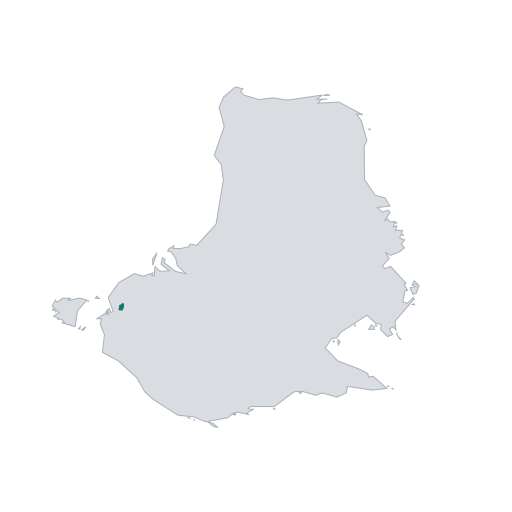 Hepburn, Victoria, Australia (highlighted), rotated 110°
{"feature_id": "25037944B22879671704108", "entity_name": "Hepburn", "entity_type": "district", "adm_level": 2, "iso_a3": "AUS", "parent_name": "Australia", "parent_adm1": "Victoria", "projection": "natural_earth1", "projection_center": [144.036, -37.317], "detail": "fine", "context": "in_parent", "style": "filled", "palette": "teal", "viewbox_px": 512, "rotation_deg": 110, "n_neighbors": 0, "source": "geoboundaries", "source_scale": "gbopen_adm2", "svg_char_len": 4967}
<svg xmlns="http://www.w3.org/2000/svg" viewBox="0 0 512 512"><g transform="rotate(110 256 256)"><path d="M342.2,100.7L347.3,125.5L353.7,124.3L360.9,131.7L362.1,146.9L366.4,152.2L367.4,166.4L370.5,173.7L391.3,187.4L399.4,209.8L401.8,211.0L402.2,207.0L406.7,211.0L407.5,209.0L409.2,220.4L411.9,223.8L417.8,227.4L429.0,246.6L428.4,259.4L432.3,274.9L425.9,303.7L421.6,314.2L411.3,326.1L401.6,349.6L399.1,367.3L381.8,371.5L373.3,379.1L367.9,379.7L369.4,384.1L361.1,377.7L362.3,376.3L361.8,374.7L360.3,374.6L357.5,377.4L355.5,375.7L358.8,373.1L356.9,371.1L345.7,380.7L328.0,375.9L314.2,364.3L313.6,355.2L307.1,347.0L309.8,347.3L309.7,344.8L300.5,347.3L303.2,341.2L299.5,332.3L296.3,342.4L289.5,343.4L290.5,340.1L293.7,340.0L298.0,326.1L296.6,315.7L292.1,326.6L285.4,330.8L281.0,337.4L281.7,340.7L279.0,340.3L274.5,336.6L277.2,336.6L275.1,330.1L270.7,322.7L267.1,321.8L266.4,315.4L239.7,304.4L195.5,312.7L181.6,320.2L175.9,329.6L145.0,330.2L129.0,341.5L117.6,340.8L104.2,333.2L103.4,325.5L106.6,326.8L109.0,322.1L107.9,306.4L101.7,294.6L98.8,279.8L82.2,248.9L88.0,252.2L84.1,242.8L86.8,248.3L91.2,250.0L83.0,230.6L86.8,204.0L88.2,210.3L92.8,203.4L109.7,191.2L115.9,191.9L147.0,180.2L158.3,164.7L157.3,154.5L163.3,147.3L168.9,158.5L171.5,152.3L167.9,147.8L168.9,145.0L179.3,146.9L176.0,145.8L178.0,141.4L176.1,137.4L181.6,136.9L179.5,134.0L184.1,133.6L182.5,129.3L186.3,124.6L186.7,127.4L189.9,127.1L190.1,121.7L194.7,123.6L197.6,119.3L202.5,122.2L209.3,129.7L208.2,135.7L212.6,130.0L222.1,133.8L223.9,130.5L219.7,126.0L230.4,105.6L232.6,106.9L236.3,101.8L237.7,104.0L249.0,102.4L248.6,97.5L241.0,93.9L242.2,92.6L269.6,103.1L277.5,99.3L275.6,103.3L279.0,105.5L283.0,100.7L286.7,104.8L282.4,113.9L277.7,114.7L278.0,121.2L273.7,131.5L298.6,150.2L305.3,152.1L307.5,156.5L318.7,159.6L326.6,143.4L327.0,119.8L328.2,110.9L331.1,108.8L328.9,104.8L335.7,87.7L342.2,100.7ZM355.4,399.9L368.6,405.0L384.2,401.8L385.1,415.8L384.0,413.3L382.4,416.3L381.9,425.5L376.4,421.7L372.9,430.2L366.1,429.5L367.5,427.1L361.6,423.1L359.3,416.0L361.9,417.2L355.8,407.3L355.4,399.9ZM228.1,92.7L236.0,92.7L238.4,95.3L233.3,100.4L228.1,92.7ZM286.8,350.2L300.1,349.8L294.4,352.1L286.8,350.2ZM284.7,119.9L286.4,125.0L281.4,124.1L282.2,120.5L284.7,119.9ZM428.3,244.4L428.1,238.5L430.1,233.7L430.8,237.2L428.3,244.4ZM380.7,391.6L385.0,392.8L385.1,394.7L380.7,391.6ZM227.3,94.2L230.2,99.2L225.2,98.9L227.3,94.2ZM350.7,392.4L348.2,391.9L349.5,388.6L350.7,392.4ZM311.4,148.1L309.0,149.6L306.7,150.4L307.8,147.6L311.4,148.1ZM82.1,247.5L80.0,244.7L79.7,242.1L80.0,242.0L82.1,247.5ZM384.2,396.6L385.8,398.0L382.6,396.9L384.2,396.6ZM410.9,221.2L412.7,221.2L412.6,223.7L410.9,221.2ZM368.0,166.2L370.1,167.7L369.8,168.6L368.0,166.2ZM376.2,426.8L376.4,429.0L374.8,428.3L376.2,426.8ZM431.1,261.6L431.1,264.8L430.9,264.8L431.1,261.6ZM248.1,92.5L246.8,91.1L247.7,90.4L248.1,92.5ZM284.8,92.8L282.9,95.3L285.1,90.9L284.8,92.8ZM431.4,257.8L430.5,258.9L431.1,257.7L431.4,257.8ZM288.0,139.2L286.9,139.7L287.5,138.5L288.0,139.2ZM280.8,119.7L279.5,120.0L280.3,118.4L280.8,119.7ZM98.5,191.3L98.2,193.4L97.6,193.2L98.5,191.3ZM333.4,86.5L333.3,88.3L332.8,87.0L333.4,86.5ZM360.3,375.5L360.6,376.5L360.2,376.2L360.3,375.5ZM282.4,96.0L279.8,97.8L282.5,95.6L282.4,96.0ZM182.6,126.8L181.6,128.1L182.2,126.7L182.6,126.8ZM377.2,425.1L376.4,425.6L376.8,424.7L377.2,425.1ZM310.3,154.1L308.9,154.1L309.6,153.0L310.3,154.1ZM177.5,136.0L176.8,136.7L176.7,135.1L177.5,136.0ZM383.6,420.3L382.4,421.0L382.8,419.7L383.6,420.3ZM334.3,81.8L334.1,83.0L333.4,82.4L334.3,81.8ZM359.6,376.9L360.8,377.9L358.9,377.6L359.6,376.9ZM393.8,187.3L392.9,187.3L393.3,186.0L393.8,187.3ZM401.4,206.8L400.9,206.8L401.3,205.7L401.4,206.8ZM356.0,398.2L355.7,399.0L355.4,397.9L356.0,398.2Z" fill="#d9dde1" stroke="#a8b0b8" stroke-width="1"/><path d="M349.0,366.7L349.4,366.8L349.4,366.7L349.4,366.8L349.5,366.8L349.8,366.8L349.8,366.6L350.0,366.7L350.2,366.4L350.2,366.5L350.2,366.4L350.3,366.4L350.4,366.2L350.5,366.2L350.8,366.1L351.0,366.1L351.4,366.2L351.5,366.1L351.8,366.2L351.8,366.3L352.0,366.3L352.0,366.2L352.3,366.0L352.4,366.3L352.7,366.3L352.7,366.2L352.7,365.9L353.0,365.9L353.0,365.7L352.9,365.5L352.8,365.4L352.8,365.2L352.7,365.2L352.3,365.0L352.3,364.9L352.1,364.9L352.1,364.7L352.2,364.4L352.3,364.4L352.3,364.2L352.5,364.0L352.5,363.9L352.5,363.6L352.4,363.5L352.2,363.5L351.9,363.5L351.9,363.9L351.6,363.9L351.1,363.8L351.1,363.5L350.9,363.5L350.8,363.4L350.7,363.4L350.7,363.5L350.7,363.4L350.3,363.3L350.1,363.3L350.1,363.5L350.0,363.8L350.1,364.0L350.0,364.3L349.9,364.4L349.8,364.5L349.7,364.5L349.6,364.4L349.6,364.5L349.5,364.4L349.5,364.2L349.4,364.2L349.2,364.1L349.1,363.9L348.7,363.7L348.4,363.7L348.4,363.8L348.3,364.2L348.1,364.2L347.5,364.1L347.4,364.2L347.2,364.0L346.9,364.2L346.7,364.2L346.6,365.1L347.7,365.3L347.8,365.3L348.0,365.3L348.4,365.4L348.4,365.7L348.3,365.9L348.2,365.9L348.2,366.2L348.3,366.3L348.3,366.6L348.2,366.6L348.3,366.6L348.8,366.7L349.0,366.7Z" fill="#14b8a6" stroke="#0f766e" stroke-width="1.5"/></g></svg>